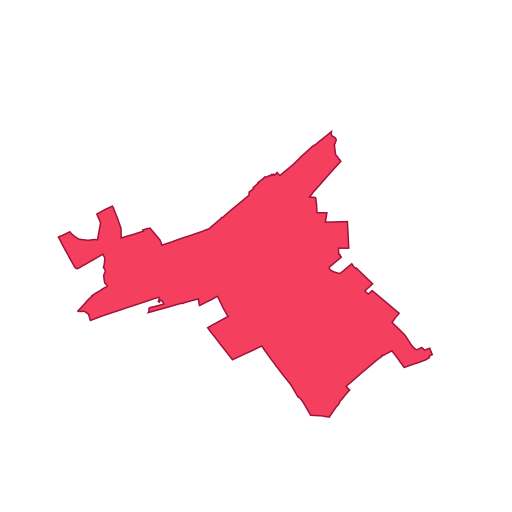 the district of Negrasi, Arges, Romania, rotated 195°
{"feature_id": "2599482B82159527317545", "entity_name": "Negrasi", "entity_type": "district", "adm_level": 2, "iso_a3": "ROU", "parent_name": "Romania", "parent_adm1": "Arges", "projection": "equal_earth", "projection_center": [25.135, 44.592], "detail": "fine", "context": "isolated", "style": "filled", "palette": "rose", "viewbox_px": 512, "rotation_deg": 195, "n_neighbors": 0, "source": "geoboundaries", "source_scale": "gbopen_adm2", "svg_char_len": 5972}
<svg xmlns="http://www.w3.org/2000/svg" viewBox="0 0 512 512"><g transform="rotate(195 256 256)"><path d="M230.9,374.8L235.7,367.5L238.4,363.3L240.6,359.3L242.0,357.0L244.7,352.7L248.6,347.2L249.8,345.5L253.7,340.0L254.0,339.9L255.0,340.6L257.3,342.1L257.9,340.6L259.0,338.9L260.0,339.6L261.0,338.3L261.8,339.0L263.2,337.0L263.9,337.2L266.3,334.9L267.9,334.8L268.9,332.9L273.0,327.6L272.5,327.3L276.4,321.3L275.7,320.5L279.2,316.0L278.6,313.3L278.6,312.7L292.3,293.5L297.4,285.9L297.8,284.9L298.2,284.5L299.0,284.3L299.3,284.3L299.5,283.1L301.2,280.8L302.6,278.7L304.0,276.6L306.5,273.1L308.5,270.0L309.9,269.2L310.4,268.7L311.2,268.3L312.9,266.9L314.5,265.7L322.6,260.3L324.1,259.2L331.6,254.4L333.7,253.0L336.1,251.3L337.0,250.7L339.3,249.1L339.3,248.9L339.5,248.8L349.8,242.1L351.5,244.8L352.9,246.6L353.2,246.9L365.6,255.5L368.4,254.1L372.1,251.9L371.3,250.7L372.4,250.1L381.1,244.5L385.2,242.1L390.8,238.5L393.7,248.1L398.4,254.8L399.6,256.7L401.2,258.8L403.2,261.4L406.4,265.8L407.6,267.0L411.5,263.8L413.0,262.6L420.6,255.3L415.0,248.2L414.7,247.5L413.3,230.6L415.6,230.3L417.4,229.6L418.0,229.5L422.1,227.7L431.3,226.4L435.4,227.6L440.2,229.8L441.3,230.7L442.1,231.2L443.2,230.3L446.0,227.8L447.2,226.8L447.3,226.7L448.1,226.0L450.1,224.5L450.3,224.4L451.8,223.2L450.4,221.6L450.1,221.4L445.1,215.9L442.3,212.9L441.6,212.1L439.4,210.0L437.5,208.0L437.3,207.8L436.8,207.3L436.5,206.8L436.2,206.4L435.9,206.1L430.3,200.5L430.2,200.4L430.0,200.2L427.7,197.9L426.0,197.4L425.4,197.4L425.3,197.5L422.9,199.6L420.4,202.3L420.1,202.5L419.0,203.4L416.4,206.1L413.8,208.7L413.3,209.1L413.2,209.2L412.6,209.7L411.7,210.7L411.6,210.8L410.8,211.6L410.7,211.7L410.5,211.9L407.8,214.7L406.3,216.1L404.4,218.1L401.4,214.8L401.2,214.0L401.0,213.2L401.1,212.4L400.8,211.3L400.6,209.4L400.5,208.8L400.3,208.0L400.2,207.4L400.5,207.0L400.6,206.7L400.2,205.8L400.2,205.7L400.3,205.5L400.3,205.3L398.3,203.7L398.2,203.5L398.0,203.0L397.6,201.7L397.5,201.3L397.6,200.9L397.8,200.2L398.0,199.8L398.0,197.4L397.9,197.2L397.2,195.5L397.2,195.4L396.5,193.8L395.3,191.0L395.1,190.8L393.2,189.7L392.3,189.0L392.0,188.6L391.9,188.2L392.4,187.4L393.1,186.8L394.0,186.2L395.3,184.9L396.3,183.8L397.6,182.2L398.2,181.6L398.6,181.2L399.3,180.6L399.6,180.2L400.8,179.0L401.3,178.5L401.5,178.3L402.0,177.8L402.3,177.5L403.2,176.4L403.8,175.6L403.7,175.6L404.3,174.7L404.2,174.5L405.4,172.6L407.7,168.7L408.4,167.3L408.8,166.0L409.2,165.6L410.8,162.3L411.8,160.5L413.7,157.0L413.8,156.7L413.2,156.6L412.6,156.6L412.0,156.8L411.3,157.0L410.5,157.3L409.4,157.5L408.1,158.0L407.0,158.1L405.9,157.6L405.2,157.3L404.5,157.0L403.9,156.8L403.1,156.7L402.4,156.1L402.1,155.3L401.5,154.6L400.8,153.3L400.5,152.7L399.9,151.7L399.6,151.3L399.2,150.9L389.3,158.1L378.1,165.5L370.4,170.5L369.9,170.9L367.7,172.4L358.0,178.7L349.0,184.6L344.9,187.4L343.8,188.2L343.4,188.5L339.1,191.0L338.5,190.4L338.4,190.2L338.6,186.7L337.3,186.5L337.2,188.5L335.5,188.5L333.8,187.1L332.5,185.8L339.6,181.6L345.0,178.8L345.8,177.7L345.8,177.1L345.4,176.3L345.2,175.2L345.2,174.3L345.4,173.5L344.9,173.8L343.1,174.8L341.0,176.0L338.9,177.3L327.3,184.1L322.8,186.9L315.8,191.0L314.9,191.1L314.4,191.2L313.5,191.9L313.5,192.1L309.3,194.6L300.6,199.6L298.2,194.4L297.8,193.5L297.6,193.6L292.3,198.4L286.7,203.2L286.1,203.9L285.1,204.9L282.7,207.1L277.8,201.4L273.4,196.3L271.4,194.4L269.9,192.8L268.6,191.5L267.3,190.4L272.3,185.7L277.8,180.4L278.0,180.1L279.2,179.1L280.2,178.2L282.6,175.7L284.1,174.2L283.1,173.3L278.4,169.7L272.1,165.0L268.0,161.8L256.6,153.3L251.9,149.7L251.4,150.1L250.4,150.9L249.6,151.6L248.7,152.4L247.4,153.5L245.2,155.3L243.4,156.9L242.5,157.6L241.7,158.3L239.9,159.8L238.8,160.6L232.3,166.1L231.0,167.3L230.5,167.7L229.2,168.9L227.0,170.5L222.8,166.8L213.9,159.6L210.7,157.2L208.7,155.4L206.5,153.8L202.3,150.5L199.3,148.2L191.5,142.5L189.2,140.7L189.1,140.8L188.0,139.7L183.7,135.4L181.2,133.0L178.8,130.6L178.4,130.8L177.3,130.3L176.0,129.6L172.5,126.8L162.0,116.3L150.6,118.7L147.3,118.9L143.4,119.4L143.1,120.8L141.7,124.5L139.2,131.6L138.6,132.3L137.5,135.2L137.3,137.4L135.6,140.5L133.9,144.6L131.7,149.3L130.8,150.8L135.3,153.3L132.9,156.9L132.0,158.0L128.8,162.9L127.0,165.5L124.0,170.1L121.9,173.0L116.7,180.5L114.0,184.3L113.2,185.6L112.0,187.2L110.8,188.8L108.3,191.7L108.3,192.0L108.7,192.6L108.6,192.8L107.8,192.9L107.1,193.1L104.6,195.6L101.2,198.6L100.2,199.6L94.9,195.5L91.4,192.8L89.4,190.9L88.1,190.0L84.1,186.7L83.9,186.9L83.6,187.0L82.0,188.0L80.5,189.2L78.1,190.7L73.2,194.1L72.1,194.7L68.4,197.3L67.4,198.1L66.7,198.5L66.4,198.7L65.6,199.3L64.6,200.2L62.2,202.7L62.2,203.2L62.8,204.0L62.1,204.9L60.2,206.3L64.4,211.9L68.4,208.9L68.7,208.7L69.2,208.9L70.8,209.9L71.8,210.4L72.5,210.4L75.4,207.8L76.6,207.0L77.2,207.1L78.0,207.4L79.4,208.0L81.1,208.9L82.7,210.1L84.7,211.9L90.2,216.8L91.6,218.0L92.6,218.7L95.4,220.3L99.9,222.9L107.4,227.0L106.1,230.5L104.9,233.5L102.9,237.7L134.9,252.7L137.6,248.3L141.0,249.9L141.8,250.5L136.1,259.3L156.0,270.3L156.3,269.7L159.0,271.0L159.4,271.4L160.3,272.4L161.5,273.3L168.9,262.7L170.5,260.7L176.4,260.8L180.1,261.6L181.7,262.6L182.0,262.9L182.2,264.0L181.8,264.9L173.4,276.8L174.0,277.2L174.1,277.4L173.9,277.5L174.9,278.3L175.3,279.1L175.6,279.2L175.8,279.0L176.0,278.9L176.5,279.1L178.4,284.9L168.4,287.6L176.6,312.9L190.7,308.7L194.9,307.5L197.8,306.8L198.7,316.1L208.3,313.6L210.9,321.6L213.5,327.8L214.6,327.8L219.5,326.8L218.6,329.2L218.4,329.4L217.6,331.3L217.3,332.4L213.9,339.0L207.3,352.4L198.6,369.4L199.8,370.6L201.3,371.3L202.0,372.0L202.4,372.5L202.9,372.9L203.9,373.5L205.0,374.2L205.8,375.7L206.8,378.2L207.1,378.7L207.3,379.3L207.5,379.9L207.8,380.3L208.0,381.0L208.4,381.9L208.5,382.6L209.2,383.7L209.2,384.1L208.7,385.0L208.7,386.6L208.5,388.0L208.5,388.5L208.8,389.3L209.2,389.9L210.2,390.7L210.8,391.0L211.5,391.1L213.4,391.7L213.9,391.9L214.4,392.5L215.0,393.5L215.2,395.1L215.3,395.7L219.4,390.0L224.9,382.6L227.6,378.6L228.7,378.0L230.2,376.1L230.9,374.8Z" fill="#f43f5e" stroke="#9f1239" stroke-width="1.5"/></g></svg>